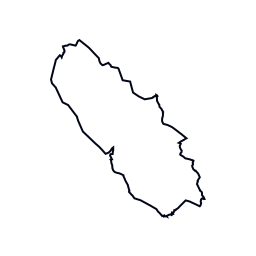 the district of Morelos, Michoacán, Mexico, rotated 63°
{"feature_id": "50627088B83607479141313", "entity_name": "Morelos", "entity_type": "district", "adm_level": 2, "iso_a3": "MEX", "parent_name": "Mexico", "parent_adm1": "Michoacán", "projection": "mercator", "projection_center": [-101.41, 19.992], "detail": "fine", "context": "isolated", "style": "outline", "palette": "ink", "viewbox_px": 256, "rotation_deg": 63, "n_neighbors": 0, "source": "geoboundaries", "source_scale": "gbopen_adm2", "svg_char_len": 4877}
<svg xmlns="http://www.w3.org/2000/svg" viewBox="0 0 256 256"><g transform="rotate(63 128 128)"><path d="M163.7,80.6L156.9,83.6L156.4,83.9L156.0,84.1L151.9,86.0L150.1,86.9L147.5,88.2L146.9,88.6L145.8,89.4L145.1,90.0L143.2,91.4L141.8,93.1L141.5,93.3L141.4,93.5L140.3,94.6L139.5,94.6L137.8,94.6L137.0,94.3L136.7,94.2L136.1,93.9L135.1,93.2L134.6,93.0L134.2,92.5L133.8,92.0L131.5,90.4L130.4,90.2L129.8,89.4L128.6,89.4L127.5,89.7L126.8,89.5L126.4,89.5L125.9,89.6L123.7,90.2L123.5,90.3L122.3,90.0L121.7,89.6L121.0,89.6L120.3,89.8L116.9,89.8L115.4,89.1L114.0,88.5L113.6,88.0L113.1,87.3L112.3,87.3L111.2,87.9L111.5,88.1L112.0,88.3L112.1,88.7L112.0,89.3L111.6,89.9L112.1,91.2L111.9,91.7L112.2,91.9L112.1,93.4L110.0,100.1L108.0,101.6L104.8,104.0L102.9,105.1L100.2,106.6L98.7,107.4L93.9,106.4L87.6,105.0L83.0,111.1L82.1,111.0L81.7,110.9L80.3,110.7L70.7,109.5L69.9,109.8L68.5,111.8L67.6,113.0L65.8,115.1L63.9,115.0L63.6,115.2L62.1,115.7L61.3,115.8L61.0,115.9L60.8,120.1L60.8,120.7L60.7,121.4L60.6,121.6L60.4,122.3L59.1,122.7L57.9,123.2L55.5,123.1L54.7,122.9L52.5,122.3L51.2,122.7L46.9,124.0L43.2,125.1L42.0,125.4L38.5,126.5L34.9,128.1L27.6,131.4L27.7,132.4L27.9,133.4L29.2,135.0L29.4,135.2L30.3,136.4L30.8,137.3L28.7,139.8L28.0,140.6L27.3,141.4L26.9,142.4L26.8,143.0L26.8,143.5L27.0,144.0L26.9,145.2L26.6,145.9L26.2,146.3L26.1,147.5L25.7,148.9L26.4,149.1L29.1,149.3L29.6,149.3L29.9,149.4L30.1,149.6L30.4,149.5L30.6,149.6L30.8,149.8L31.6,150.4L31.5,150.9L31.7,151.2L31.8,151.6L32.5,151.8L33.7,153.8L34.9,155.0L34.2,155.0L32.7,155.4L32.4,155.6L32.2,155.8L32.7,156.9L34.7,161.5L36.2,162.7L38.6,164.8L39.1,165.3L41.4,167.3L47.8,172.8L49.9,174.6L53.6,175.4L54.2,175.3L56.0,174.8L57.7,174.4L59.0,174.0L75.4,174.6L76.5,173.8L80.4,170.9L85.0,170.1L94.9,168.3L95.6,168.6L97.8,168.9L97.9,169.0L98.5,169.1L106.6,169.6L110.7,169.8L123.8,165.2L127.0,164.1L127.5,163.9L131.7,162.2L134.8,161.3L140.1,159.9L140.8,159.7L141.0,158.2L141.1,156.6L140.8,155.2L140.3,153.8L140.0,153.2L139.2,152.0L138.8,151.1L138.6,150.0L139.6,150.5L141.0,151.2L141.9,152.0L142.1,152.1L143.1,152.8L144.0,153.4L144.2,153.5L143.4,155.5L143.8,156.0L144.2,156.3L144.6,156.5L146.8,156.5L148.5,156.5L148.3,156.9L148.2,157.1L148.2,157.7L148.2,157.8L148.8,157.7L152.1,158.8L153.2,158.9L153.7,158.9L154.5,159.2L154.9,159.4L155.7,159.6L156.5,160.1L158.8,160.4L160.1,160.2L161.5,159.6L162.2,158.9L162.6,158.5L163.3,157.8L163.8,157.1L164.1,156.7L164.3,156.4L164.6,156.2L164.9,156.0L165.1,155.8L165.5,155.4L166.7,154.5L168.0,153.5L168.5,153.7L168.8,153.9L171.5,154.0L171.8,154.0L173.2,154.2L174.9,154.2L176.6,154.1L177.5,154.1L178.5,154.0L180.1,154.4L184.3,155.2L184.6,155.2L184.7,155.5L184.8,155.8L185.6,156.0L185.8,156.1L187.2,155.6L188.1,155.3L188.5,155.3L189.3,155.1L189.5,155.0L189.9,154.7L193.6,154.2L195.0,152.7L195.4,152.4L196.4,151.3L197.9,149.8L198.7,149.2L201.6,147.2L202.3,146.7L203.1,146.2L207.4,143.2L209.8,141.7L213.2,139.5L216.1,139.2L217.3,138.7L217.8,138.5L218.1,138.5L218.4,138.4L218.5,138.4L219.4,138.1L220.1,137.9L220.8,137.8L221.0,137.7L221.3,137.6L222.0,137.5L222.0,136.5L222.5,136.3L223.1,136.2L222.7,135.3L222.9,135.3L223.4,135.2L223.6,135.0L223.6,134.9L224.0,133.9L224.3,133.7L224.2,133.7L223.8,133.5L223.9,132.9L224.0,131.6L224.0,131.4L223.9,130.8L223.9,130.7L224.0,130.5L224.3,129.7L224.5,129.5L224.8,129.0L225.1,128.8L225.4,128.6L225.0,127.9L224.8,127.4L225.0,127.0L224.9,127.0L224.7,126.9L224.6,127.0L224.4,127.4L224.2,127.3L224.1,127.5L223.9,127.7L223.8,127.8L223.2,127.1L223.4,126.9L223.8,126.3L224.0,126.0L224.0,125.7L223.7,125.4L223.1,124.7L222.6,124.3L222.8,124.2L222.8,123.5L222.8,123.2L222.6,123.2L222.4,123.2L222.4,122.9L222.4,122.4L222.3,121.1L222.2,120.1L222.0,119.4L221.5,118.1L221.4,117.8L221.3,117.5L219.5,112.0L218.7,109.5L221.5,106.4L223.6,104.8L223.9,104.6L224.7,103.9L230.3,99.6L229.9,98.6L229.3,98.0L228.9,97.6L228.4,97.2L228.1,96.9L227.9,96.9L227.5,96.8L227.0,96.8L226.6,96.7L225.9,96.1L224.8,95.3L224.7,94.9L224.4,93.9L224.5,93.7L225.0,93.3L225.3,93.1L225.8,92.7L226.0,92.1L224.4,92.0L223.9,92.1L223.4,92.0L222.4,92.4L221.2,92.5L220.1,91.8L219.2,91.5L218.5,91.4L218.0,91.6L217.1,91.9L217.0,92.0L216.4,92.3L215.9,92.0L214.9,92.1L213.9,92.1L211.8,92.0L210.8,92.0L210.2,92.0L209.3,92.0L208.8,91.5L208.5,91.3L208.2,91.0L207.2,89.9L206.7,90.0L205.7,88.5L205.0,87.2L204.4,86.4L200.7,86.2L199.4,86.4L198.3,86.8L196.7,87.1L196.6,87.7L194.4,88.5L193.5,88.4L193.0,88.4L192.9,88.4L191.5,88.2L191.0,88.1L190.6,87.9L190.5,87.3L189.7,86.4L188.4,86.2L187.7,85.6L187.7,85.3L187.7,85.2L186.8,84.5L185.8,85.3L185.7,85.5L185.3,85.9L185.1,86.1L184.0,87.2L183.0,88.3L182.2,89.3L181.1,90.7L178.6,91.7L175.7,93.5L175.2,93.5L174.7,93.1L174.1,92.1L173.9,91.4L172.5,90.4L170.6,90.7L169.7,90.6L169.0,90.5L167.7,90.2L166.0,88.2L165.4,88.6L164.5,89.2L164.3,89.4L164.0,86.7L164.0,85.9L164.0,85.0L163.9,84.8L163.9,84.2L163.9,83.1L163.7,82.0L163.7,81.8L163.7,80.6Z" fill="none" stroke="#020617" stroke-width="2"/></g></svg>